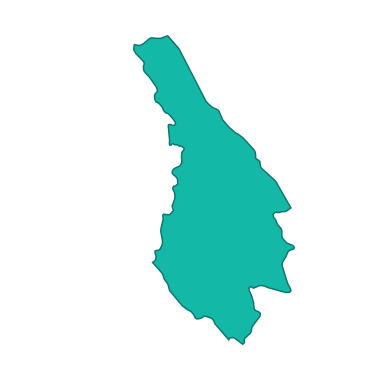 Taurages, Natural Earth projection, rotated 235°
{"feature_id": "LTU-1073", "entity_name": "Taurages", "entity_type": "County", "adm_level": 1, "iso_a3": "LTU", "parent_name": "Lithuania", "parent_adm1": "", "projection": "natural_earth1", "projection_center": [22.565, 55.372], "detail": "fine", "context": "isolated", "style": "filled", "palette": "teal", "viewbox_px": 384, "rotation_deg": 235, "n_neighbors": 0, "source": "natural_earth", "source_scale": "10m", "svg_char_len": 2889}
<svg xmlns="http://www.w3.org/2000/svg" viewBox="0 0 384 384"><g transform="rotate(235 192 192)"><path d="M178.0,265.2L177.0,264.3L172.4,262.4L153.0,266.7L122.2,263.9L122.2,258.7L122.5,257.2L124.6,253.7L125.3,251.4L126.8,249.6L127.6,248.4L127.3,245.6L124.1,244.3L122.5,244.5L120.8,244.4L119.3,244.1L117.8,243.6L116.1,243.4L112.2,243.9L110.2,243.8L108.2,243.1L104.8,240.6L103.0,239.8L101.1,239.7L96.4,240.3L95.0,240.8L91.7,243.2L89.5,244.2L87.8,244.0L87.0,242.8L88.1,239.0L88.2,237.8L87.9,236.3L85.1,231.7L82.8,226.4L81.7,224.9L80.0,223.6L62.3,217.9L56.5,217.2L54.3,216.4L53.9,214.5L55.7,211.3L69.6,199.8L72.7,197.8L75.2,195.7L76.6,193.7L78.0,187.2L80.9,185.9L80.8,183.9L80.2,183.3L79.2,182.5L73.1,181.4L65.7,178.8L61.9,176.5L60.1,175.8L58.4,176.1L55.2,178.1L53.3,178.3L51.3,176.6L47.5,165.0L46.7,163.2L44.0,160.9L43.0,159.2L41.8,151.4L41.2,150.1L38.5,148.5L38.2,146.2L47.8,143.1L49.1,142.2L50.2,140.6L50.8,139.4L49.9,137.3L70.9,135.2L73.3,135.8L75.8,136.0L77.7,135.4L82.3,132.1L83.3,131.0L83.5,130.0L83.3,128.6L83.4,127.2L84.0,125.5L84.7,124.1L85.4,123.1L86.2,122.7L87.7,122.5L90.0,123.0L92.4,123.0L94.7,122.6L97.9,120.9L104.3,118.8L119.6,117.5L124.1,117.1L129.7,119.2L131.9,119.5L136.4,119.3L138.5,119.8L140.7,120.7L142.9,120.9L156.9,119.3L156.9,121.3L157.2,122.5L158.1,124.2L160.2,125.8L164.1,127.2L164.9,128.1L164.4,129.6L163.6,130.9L163.4,132.2L163.8,133.7L165.3,136.4L166.6,138.1L169.1,139.9L177.6,143.8L179.7,145.5L186.6,153.1L188.5,154.0L189.8,154.9L190.1,156.0L186.2,160.4L187.3,166.0L191.8,167.6L196.0,173.5L198.0,175.5L201.7,177.4L205.6,178.0L206.6,178.8L207.1,180.2L206.4,182.4L206.7,184.8L210.7,187.4L211.7,187.6L214.0,187.5L217.1,186.6L218.6,186.6L219.8,187.2L221.0,189.0L221.3,190.8L221.1,192.8L220.4,196.3L220.5,198.0L221.5,199.8L223.3,201.5L226.9,203.6L230.3,206.5L230.8,207.8L231.1,209.2L231.8,210.3L233.0,210.6L234.9,209.9L235.9,209.1L236.7,208.2L237.3,207.7L238.3,207.3L239.3,206.8L239.8,206.1L240.3,205.3L240.8,204.9L241.7,204.5L242.4,204.1L242.8,203.4L242.7,202.6L242.5,201.8L242.6,201.1L242.9,200.7L243.7,200.8L244.9,201.4L247.2,203.3L259.8,210.5L260.5,211.4L260.2,212.5L257.7,214.4L256.7,215.9L257.0,217.4L259.0,218.3L263.8,218.4L269.1,217.6L270.2,217.2L271.6,216.1L272.4,215.7L274.0,215.5L276.0,215.6L278.5,216.3L281.9,216.0L283.9,215.6L285.2,215.0L286.2,214.3L287.5,214.3L289.3,214.8L292.5,216.6L293.5,218.2L294.2,221.1L295.3,222.1L298.7,223.0L310.4,223.0L317.8,222.0L320.0,222.5L323.0,224.4L323.9,225.9L325.3,226.9L327.0,227.1L337.5,225.4L342.2,225.9L345.8,229.3L342.6,232.4L341.7,234.3L341.4,236.6L341.6,241.0L342.0,243.5L342.0,245.8L341.3,247.6L339.0,250.1L335.9,254.3L333.9,261.7L316.8,263.5L257.8,255.4L252.1,256.5L248.6,257.7L246.3,259.3L243.7,260.6L233.6,258.5L224.2,259.4L214.9,261.7L212.8,263.0L207.2,264.8L191.5,266.9L189.1,266.8L188.1,266.5L184.7,264.7L183.2,263.4L178.0,265.2L178.0,265.2Z" fill="#14b8a6" stroke="#0f766e" stroke-width="1.5"/></g></svg>